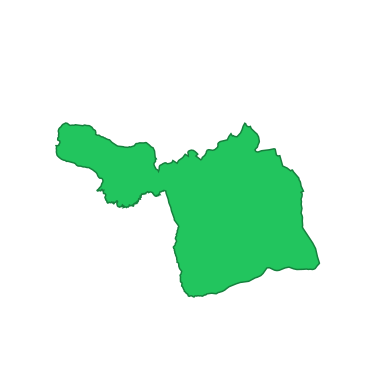 Guachucal, Nariño, Colombia (orthographic projection), rotated 215°
{"feature_id": "7082276B62012861578772", "entity_name": "Guachucal", "entity_type": "district", "adm_level": 2, "iso_a3": "COL", "parent_name": "Colombia", "parent_adm1": "Nariño", "projection": "orthographic", "projection_center": [-77.704, 0.975], "detail": "fine", "context": "isolated", "style": "filled", "palette": "green", "viewbox_px": 384, "rotation_deg": 215, "n_neighbors": 0, "source": "geoboundaries", "source_scale": "gbopen_adm2", "svg_char_len": 6118}
<svg xmlns="http://www.w3.org/2000/svg" viewBox="0 0 384 384"><g transform="rotate(215 192 192)"><path d="M188.2,278.6L187.8,275.2L186.7,271.7L186.1,268.2L186.8,263.1L189.0,261.9L190.3,261.9L191.0,261.1L191.7,261.3L193.5,262.1L193.6,258.7L193.1,255.8L193.1,254.8L197.8,249.5L198.5,247.5L198.4,246.3L197.3,244.9L196.7,243.3L197.6,239.8L198.8,238.1L202.5,236.3L203.5,235.0L203.3,233.2L202.6,231.8L202.7,230.8L202.5,229.9L202.8,228.1L203.4,226.2L202.9,225.0L203.2,223.4L209.4,223.7L209.0,226.3L209.8,226.5L212.9,226.9L214.8,226.8L216.6,225.9L217.9,224.2L218.3,223.1L218.0,222.0L216.7,220.8L215.5,219.2L219.2,219.0L219.3,214.9L221.0,210.1L220.7,207.0L225.7,206.8L225.4,205.2L225.7,204.1L227.0,202.3L228.2,201.2L228.7,200.9L230.1,200.9L231.0,200.2L232.1,198.4L232.6,197.0L233.4,195.7L233.5,195.1L233.4,194.2L231.8,191.5L231.3,189.7L232.0,190.1L233.0,190.3L234.5,190.2L235.2,190.3L236.0,191.0L237.2,191.4L239.1,192.8L239.6,193.7L239.5,196.2L240.7,197.7L240.7,198.1L240.2,198.6L240.7,198.9L241.5,198.9L242.0,199.2L246.2,204.1L249.3,205.9L251.0,205.5L254.2,206.0L257.7,206.2L258.4,205.8L259.5,204.6L263.2,202.1L264.4,200.5L265.5,199.7L265.7,198.9L265.8,196.7L268.4,193.3L269.1,193.2L270.1,191.8L272.9,190.1L274.4,189.6L279.3,186.9L286.0,186.7L289.5,187.4L290.9,186.8L293.2,186.3L294.0,186.4L294.9,186.0L296.5,186.0L298.0,185.2L300.8,185.2L302.0,184.2L303.4,184.0L304.0,184.0L304.9,185.5L306.3,186.8L307.3,186.9L308.7,186.7L311.1,187.6L313.5,187.5L314.4,187.3L316.3,186.1L318.3,185.3L318.8,184.7L319.4,183.7L326.2,180.1L326.8,179.1L328.3,178.2L330.0,176.7L330.7,176.5L333.4,176.7L335.0,176.1L336.5,173.4L336.8,171.9L336.7,170.6L337.2,168.4L337.2,167.2L336.7,165.6L336.3,165.0L334.8,163.7L333.9,161.9L332.8,160.7L332.9,159.2L332.0,157.8L331.3,157.5L329.8,158.0L328.7,157.0L328.4,156.3L328.3,154.5L327.9,153.9L328.3,153.2L329.9,152.0L328.8,151.3L328.0,149.6L327.0,148.7L326.4,147.5L325.7,146.6L323.7,144.8L322.9,144.5L320.6,144.1L317.9,144.0L315.6,144.4L314.1,145.1L312.4,145.1L311.2,146.0L305.1,148.2L303.7,148.3L302.0,147.8L300.3,147.9L297.9,149.4L295.6,150.1L294.1,151.1L292.1,151.8L290.2,153.0L289.1,152.9L286.5,153.2L281.9,153.0L280.3,152.5L278.4,151.2L276.8,150.6L275.7,150.4L274.0,151.3L273.3,151.4L272.4,151.0L271.3,150.1L270.8,149.0L270.7,147.2L269.8,144.3L270.2,142.6L270.2,141.0L270.7,138.9L270.4,138.7L269.9,138.7L268.6,140.2L267.5,140.5L267.3,140.9L267.6,142.0L267.3,142.5L266.2,142.1L265.3,142.8L265.0,141.3L264.2,141.0L263.8,140.2L263.4,140.1L262.2,140.7L261.2,140.4L260.5,139.3L260.4,138.1L260.0,137.3L258.8,137.0L258.3,136.1L257.0,136.0L255.6,134.8L254.8,134.6L254.6,134.8L254.6,135.3L254.1,135.4L253.9,136.1L252.6,136.5L252.0,137.8L251.1,137.4L250.7,138.4L250.4,138.5L249.6,137.5L249.3,137.5L249.2,139.1L248.6,140.0L248.7,141.3L248.4,141.7L248.0,141.8L247.4,141.4L246.9,139.4L245.2,137.9L244.2,137.7L243.5,138.0L242.9,137.9L242.5,138.8L241.8,139.0L241.6,139.9L240.9,140.1L240.8,140.4L240.7,140.9L241.6,141.3L241.6,141.6L240.6,141.4L240.2,140.8L239.7,141.4L239.4,141.4L239.2,141.0L239.2,140.1L237.8,141.8L236.8,141.7L236.5,142.8L235.7,143.0L235.5,144.7L235.8,145.4L235.4,145.5L234.9,145.1L233.7,146.3L232.0,146.7L231.9,147.0L232.0,147.3L232.9,147.0L233.2,147.3L232.5,148.0L232.8,149.0L232.7,149.4L231.9,149.5L232.1,150.5L231.0,150.8L231.5,151.6L230.5,151.9L230.7,152.4L231.5,152.9L231.4,153.1L230.8,153.3L230.7,153.7L231.3,154.4L231.1,155.0L231.7,155.8L230.5,156.4L231.3,156.8L230.9,157.4L231.6,158.3L231.4,158.5L230.8,158.2L230.7,158.4L231.1,159.0L232.0,159.1L231.6,159.9L232.0,161.1L231.9,161.6L231.3,161.7L231.0,162.7L230.1,162.6L229.9,163.5L229.0,164.0L229.3,164.8L228.8,165.4L228.7,166.6L227.9,166.9L227.2,166.6L226.3,168.1L225.9,168.4L223.8,168.9L223.2,168.3L222.6,168.3L221.8,167.8L220.9,167.9L220.4,167.6L220.0,167.8L219.5,167.7L218.7,168.2L218.5,168.4L218.8,168.9L218.1,169.2L217.5,169.8L218.1,170.4L218.0,170.6L217.4,170.6L217.7,171.3L216.9,171.6L217.9,172.1L218.2,173.8L217.3,174.6L216.4,176.6L216.0,176.4L215.6,177.3L214.1,177.8L212.3,176.0L207.5,172.6L204.7,169.9L200.4,167.1L198.0,164.8L191.3,160.1L190.5,159.0L184.2,156.8L183.0,156.1L182.8,155.7L182.9,155.0L182.7,154.7L182.8,154.4L182.2,153.7L181.8,151.5L181.0,150.9L180.6,148.2L179.8,147.7L179.4,147.1L179.5,145.9L179.0,144.5L178.7,144.1L177.9,144.0L176.3,142.6L176.1,140.2L175.4,139.0L175.7,136.2L174.6,135.3L173.6,135.1L172.9,134.0L171.7,133.2L171.1,132.2L170.2,131.9L169.2,130.9L166.8,129.4L166.1,128.3L164.6,127.0L164.0,125.9L162.9,126.1L162.4,126.0L161.7,125.5L160.2,123.6L158.1,122.1L155.0,121.2L153.9,118.3L154.1,117.5L153.9,116.8L152.6,115.8L152.1,114.8L150.0,112.0L149.6,111.8L148.7,112.0L147.8,111.5L146.6,109.1L145.6,109.0L144.9,108.7L143.4,107.7L142.4,107.3L141.2,106.2L140.2,106.3L138.4,105.7L137.0,105.9L135.5,104.8L134.5,104.9L133.4,106.4L132.9,106.7L130.5,107.0L130.0,107.4L130.1,108.2L129.5,109.0L128.4,109.5L127.7,110.5L126.2,111.2L125.2,112.1L123.9,112.5L123.4,113.2L122.6,115.0L122.1,115.2L121.5,116.1L121.4,117.0L120.0,118.4L117.8,120.4L114.4,122.2L113.6,122.8L113.0,124.6L112.6,124.9L110.1,128.1L108.9,130.5L108.3,132.7L107.3,135.7L103.2,142.1L100.6,145.6L94.3,151.4L91.1,157.8L89.6,159.7L87.7,163.0L87.1,166.0L87.1,172.5L86.7,173.2L85.1,174.4L79.7,175.3L78.0,176.0L76.7,176.9L75.6,178.0L72.3,183.1L69.5,186.1L64.6,187.4L61.6,188.7L56.5,192.5L54.1,194.5L52.2,195.4L51.0,196.5L48.8,197.7L47.9,198.7L47.2,200.0L47.1,204.0L46.8,205.3L46.8,206.8L52.0,210.8L58.3,216.5L63.8,219.4L80.3,225.9L81.6,226.7L82.2,228.1L85.1,231.6L86.9,234.5L87.9,235.5L90.6,237.3L92.5,241.6L95.5,244.5L96.8,246.9L98.6,248.7L99.3,251.3L100.5,253.4L101.3,254.0L102.3,254.1L102.5,254.3L101.2,256.6L106.0,259.4L108.5,261.9L109.4,262.6L111.2,263.4L112.6,264.7L120.4,266.7L122.1,267.5L122.6,267.5L123.4,265.9L127.8,266.2L132.6,265.3L140.9,272.1L142.2,270.8L143.9,270.7L144.3,270.9L148.2,274.6L148.7,274.8L149.6,274.4L153.0,270.8L158.7,265.7L160.9,262.5L162.6,261.9L163.3,262.0L164.6,262.6L164.6,264.4L164.2,265.9L164.3,266.7L164.9,268.1L165.5,271.2L165.9,272.1L169.1,275.3L172.1,276.8L174.3,277.0L179.9,277.9L181.8,279.2L182.7,278.0L184.2,277.5L185.2,277.6L186.6,278.2L187.2,278.7L188.2,278.6Z" fill="#22c55e" stroke="#15803d" stroke-width="1.5"/></g></svg>